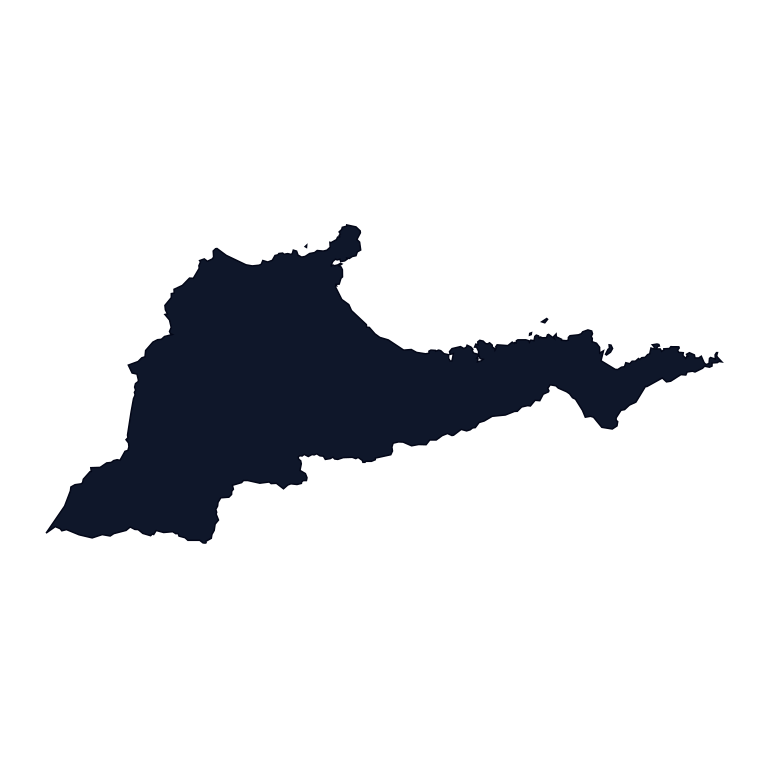 outline of Buol, Sulawesi Tengah, Indonesia
{"feature_id": "22746128B60636029206407", "entity_name": "Buol", "entity_type": "district", "adm_level": 2, "iso_a3": "IDN", "parent_name": "Indonesia", "parent_adm1": "Sulawesi Tengah", "projection": "orthographic", "projection_center": [121.506, 0.994], "detail": "fine", "context": "isolated", "style": "filled", "palette": "ink", "viewbox_px": 768, "rotation_deg": 0, "n_neighbors": 0, "source": "geoboundaries", "source_scale": "gbopen_adm2", "svg_char_len": 6119}
<svg xmlns="http://www.w3.org/2000/svg" viewBox="0 0 768 768"><path d="M721.9,361.9L717.3,357.0L716.7,355.5L717.5,352.6L716.5,352.6L715.1,354.8L715.3,359.1L710.6,357.5L709.5,358.4L709.0,363.6L705.9,364.5L704.1,362.7L701.3,356.2L698.6,358.0L695.0,357.9L694.4,354.9L689.4,352.7L686.5,354.3L687.7,356.2L686.9,356.1L685.7,358.5L682.9,355.4L683.3,352.7L678.6,352.3L677.6,350.0L679.2,348.0L678.8,346.8L670.8,346.7L669.4,348.5L663.8,348.8L663.9,349.9L661.7,351.4L660.2,348.9L656.1,349.0L658.0,346.3L659.4,346.0L658.9,344.5L657.0,344.0L652.3,344.8L654.3,347.0L653.9,349.1L651.0,348.0L649.7,353.8L647.6,354.6L645.2,357.3L641.7,357.7L639.9,359.5L638.5,358.5L635.4,361.2L632.1,361.2L629.8,363.7L625.8,362.7L624.5,366.7L621.4,367.2L617.8,369.5L615.3,369.4L601.0,360.7L603.5,350.8L599.7,353.1L599.6,347.3L596.5,343.2L592.1,341.7L592.3,338.3L591.2,336.6L592.5,333.8L591.7,331.0L587.9,329.9L582.7,331.8L581.3,333.7L578.5,334.8L570.0,335.7L568.4,337.4L568.3,340.0L566.5,340.7L561.5,340.3L561.6,339.3L556.3,336.8L556.1,334.0L553.7,336.5L554.4,338.6L548.6,334.4L547.5,334.8L546.5,337.6L542.4,337.8L540.4,337.0L539.2,337.9L538.6,335.9L536.3,335.1L534.8,336.4L534.0,340.7L530.8,340.1L529.4,342.2L529.0,340.8L525.8,339.8L517.9,339.8L516.4,340.7L516.1,343.0L514.6,342.6L514.1,343.5L512.2,342.1L507.9,345.6L497.1,344.8L495.6,347.0L496.4,347.7L495.0,350.2L494.7,348.7L492.3,346.9L492.2,345.1L489.6,342.8L487.6,343.9L485.7,343.6L483.2,341.1L479.8,340.3L477.8,341.8L478.0,344.7L475.8,344.1L474.6,347.1L476.5,347.1L478.6,351.3L478.5,354.1L480.1,358.6L483.2,359.3L481.1,360.9L477.4,361.9L478.0,358.3L476.8,358.1L478.7,355.8L477.4,354.1L473.4,353.0L472.2,350.1L472.9,349.3L470.9,347.0L467.1,345.2L466.3,347.3L463.9,348.5L460.5,346.6L452.0,348.6L449.5,351.6L450.1,354.4L453.4,353.5L452.0,360.8L450.3,361.2L448.6,358.5L448.6,354.7L444.0,353.7L440.8,350.7L438.6,350.1L435.7,351.2L435.4,350.4L430.9,350.1L428.9,351.2L429.1,353.2L425.6,353.8L416.6,352.4L411.3,349.5L403.7,350.1L388.3,339.9L379.8,337.4L375.0,333.9L369.3,327.4L366.6,327.2L366.4,324.6L351.5,310.6L348.8,304.6L341.8,299.5L335.5,286.9L335.7,285.6L336.6,285.8L336.0,284.3L339.2,284.1L340.9,278.4L342.5,276.9L342.4,269.7L341.1,267.0L339.0,266.0L341.9,264.0L340.4,263.4L337.8,264.9L334.4,265.7L333.0,265.0L331.3,266.0L331.2,265.1L332.8,261.5L335.4,259.2L337.2,259.9L339.9,259.2L340.7,261.6L344.7,260.9L347.2,259.1L346.8,258.1L349.3,258.5L352.3,256.5L356.0,255.7L357.3,251.9L360.7,250.0L359.6,242.1L356.9,239.5L360.4,232.8L360.2,230.9L356.0,226.9L346.7,224.9L346.6,226.2L342.3,227.3L341.7,229.5L339.1,231.9L340.4,234.1L339.1,235.4L339.6,236.7L337.6,237.1L336.5,239.6L331.1,242.6L329.9,242.3L330.2,247.2L326.9,250.2L323.2,251.1L317.2,250.5L314.5,252.6L309.6,253.5L305.2,256.4L301.6,257.1L298.0,255.1L296.6,251.1L293.3,250.1L292.3,253.6L291.0,254.4L287.7,253.6L283.9,254.3L282.7,253.1L278.9,253.5L277.9,254.8L275.0,255.5L272.3,260.3L267.8,262.0L262.8,260.5L261.3,264.2L259.1,265.2L252.3,265.9L246.0,264.8L226.3,255.4L217.0,248.5L215.6,248.7L213.2,251.0L213.6,256.9L212.5,258.8L207.4,261.3L204.3,258.9L199.6,260.6L200.5,261.9L198.9,265.7L199.2,268.3L193.3,278.3L189.5,278.1L182.4,285.4L174.0,289.3L174.2,293.1L171.3,293.6L171.3,297.6L164.9,305.4L165.4,309.9L167.5,313.9L164.9,314.5L169.5,320.0L171.2,327.4L169.5,331.5L170.5,333.6L172.4,334.5L164.5,336.5L161.4,339.3L157.5,339.7L152.9,342.1L145.6,350.5L145.0,356.8L141.8,357.8L138.1,361.5L128.3,365.1L132.1,373.0L137.0,374.1L138.4,380.2L138.1,381.6L135.5,383.6L134.6,387.1L135.6,390.2L134.4,392.3L135.1,395.0L133.5,398.6L131.1,411.9L127.5,435.1L127.9,437.7L126.0,439.7L128.5,442.9L128.9,446.8L127.9,450.4L125.0,451.3L120.0,460.3L117.1,459.7L113.6,460.6L111.3,462.4L106.7,462.9L100.1,467.4L90.8,467.7L91.3,471.4L90.0,471.7L83.3,479.2L82.6,482.6L81.2,483.8L75.0,484.7L70.9,487.0L70.4,490.9L64.6,506.1L46.1,533.1L55.3,526.6L60.2,528.7L61.8,530.8L66.5,529.6L79.1,534.8L92.2,537.9L102.2,534.6L110.2,536.0L113.8,533.6L126.1,530.4L130.2,527.0L134.8,529.4L138.2,529.6L142.8,533.4L150.6,535.7L152.3,534.0L153.7,534.5L156.2,530.5L163.7,532.5L172.7,531.7L175.8,533.7L178.1,533.5L179.0,536.1L185.0,537.7L187.9,540.3L199.7,540.3L203.0,542.9L205.2,543.1L206.1,542.7L205.9,541.3L211.3,538.3L211.9,534.5L214.2,530.4L215.1,524.2L218.5,520.0L216.1,514.0L216.7,512.3L215.8,509.4L217.6,506.1L218.0,502.4L220.8,497.8L228.9,497.2L231.6,494.4L231.7,491.4L233.4,489.2L232.4,485.3L241.6,482.6L243.5,480.5L247.7,480.5L259.8,483.2L269.3,482.0L271.1,483.6L276.4,483.3L283.5,488.8L287.8,485.0L290.9,483.8L297.0,484.5L301.4,483.4L301.8,481.6L303.4,480.6L306.4,480.6L307.0,477.7L305.4,473.6L300.0,470.4L301.3,463.8L300.7,460.8L298.7,459.2L298.2,457.0L299.7,455.7L302.1,456.0L304.2,454.4L308.3,456.5L312.0,454.5L314.1,454.9L316.8,453.8L319.9,455.8L323.4,456.2L325.3,459.4L330.3,458.6L332.9,457.1L334.7,459.0L337.8,459.4L343.3,457.6L352.3,457.3L355.8,458.6L358.1,457.4L362.3,460.4L362.9,462.3L365.0,462.3L365.9,461.3L371.5,461.3L375.3,459.7L375.3,458.1L390.8,454.7L392.5,451.0L391.9,447.1L393.1,443.2L398.5,441.9L403.1,442.1L411.6,445.8L418.6,444.5L426.1,444.7L429.8,440.0L436.2,440.0L442.2,435.6L447.5,433.5L451.9,435.5L453.6,435.2L461.2,429.4L466.6,430.9L470.2,429.8L472.6,427.9L475.3,427.6L479.1,422.5L484.2,421.0L492.2,416.3L505.4,415.0L514.5,411.4L517.3,411.3L521.6,407.0L527.7,405.6L530.4,406.0L535.1,400.3L539.8,400.7L543.2,394.2L548.4,391.9L548.9,390.8L547.8,388.3L550.2,384.8L555.9,385.8L558.3,388.1L566.5,391.7L569.6,393.8L572.5,397.7L575.5,399.2L582.4,410.2L585.3,417.2L590.5,416.3L593.5,417.2L601.8,427.3L612.3,429.0L617.0,425.9L617.7,421.6L616.2,420.3L616.1,417.9L621.0,410.3L624.6,409.6L629.4,405.1L635.9,402.1L645.5,386.4L646.8,386.6L662.3,378.0L666.5,381.9L670.7,381.2L680.9,374.6L685.8,375.0L687.1,372.0L692.5,371.2L695.0,372.0L702.5,368.3L704.6,366.2L709.5,367.2L712.0,366.1L712.1,363.0L717.4,362.6L718.9,361.5L721.9,361.9ZM606.5,355.0L610.5,352.2L612.6,348.5L611.0,345.1L609.1,344.8L609.4,348.4L608.0,349.3L605.5,354.3L606.5,355.0ZM544.8,322.8L547.6,319.3L546.7,318.5L541.7,321.8L544.8,322.8ZM531.2,334.6L531.5,332.7L529.7,333.4L529.5,335.2L531.2,334.6ZM306.5,247.4L306.7,245.1L305.1,246.6L306.5,247.4Z" fill="#0f172a" stroke="#020617" stroke-width="1.5"/></svg>